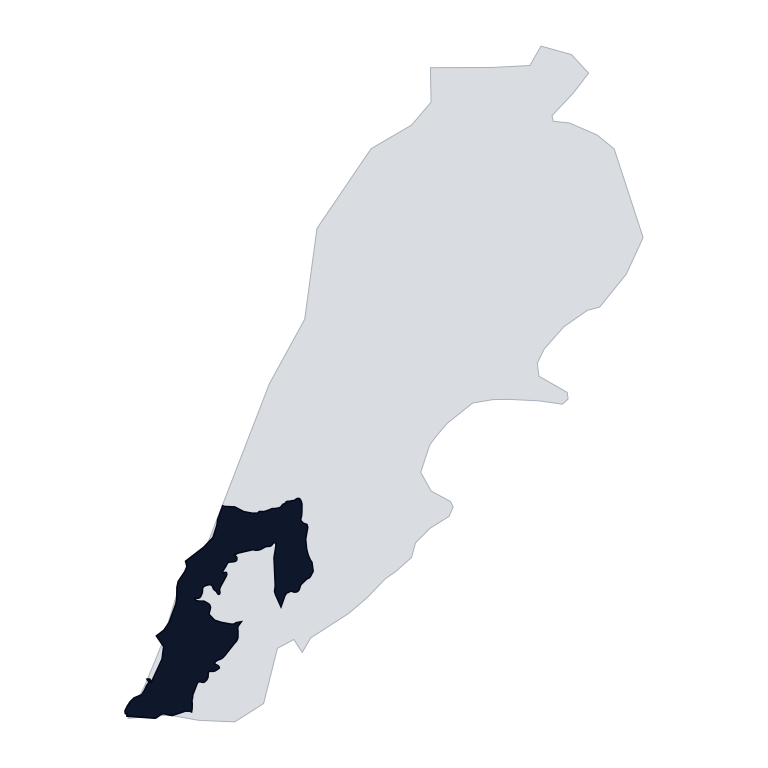 where South Lebanon sits in Lebanon
{"feature_id": "LBN-3060", "entity_name": "South Lebanon", "entity_type": "Province", "adm_level": 1, "iso_a3": "LBN", "parent_name": "Lebanon", "parent_adm1": "", "projection": "albers", "projection_center": [35.407, 33.345], "detail": "fine", "context": "in_parent", "style": "filled", "palette": "ink", "viewbox_px": 768, "rotation_deg": 0, "n_neighbors": 0, "source": "natural_earth", "source_scale": "10m", "svg_char_len": 4194}
<svg xmlns="http://www.w3.org/2000/svg" viewBox="0 0 768 768"><path d="M430.4,67.7L490.9,67.5L529.9,65.5L541.0,46.1L571.4,54.6L588.6,73.1L573.5,92.8L552.0,115.6L553.3,121.3L569.5,123.0L597.1,135.0L614.2,149.0L643.1,237.6L626.2,274.3L599.5,307.2L587.4,310.3L563.9,326.7L544.2,349.0L537.3,363.1L538.9,376.2L567.2,392.4L568.1,399.0L562.4,404.2L539.6,400.9L510.2,399.4L492.9,399.6L472.7,403.0L447.2,423.3L435.9,436.5L429.7,445.0L420.7,472.4L431.1,491.0L450.4,501.5L453.2,506.9L449.0,516.4L429.9,528.3L415.5,542.8L411.5,557.5L395.5,571.7L385.6,578.5L366.9,597.9L348.4,613.6L310.7,637.9L302.2,652.4L293.8,639.5L277.4,648.3L263.6,703.5L234.7,721.9L198.6,720.3L168.5,715.0L128.0,718.4L144.5,686.3L161.6,644.7L178.5,588.5L208.2,541.9L269.5,383.5L304.7,319.3L317.0,228.4L371.1,148.7L411.7,125.0L431.1,102.1L430.4,67.7Z" fill="#d9dde1" stroke="#a8b0b8" stroke-width="1"/><path d="M191.6,712.0L189.7,711.2L185.4,711.2L172.4,715.5L169.9,715.3L164.9,714.0L162.8,713.8L160.5,714.7L156.6,717.7L155.0,718.3L126.8,716.2L126.8,715.5L127.3,713.6L125.7,713.9L125.1,713.3L125.1,712.3L124.9,711.0L127.1,706.3L130.2,701.6L134.0,697.9L141.8,694.6L144.4,690.4L146.6,685.6L149.0,682.1L146.9,679.2L149.0,678.8L150.1,679.4L151.4,682.1L162.0,659.1L163.6,646.6L156.3,635.9L163.8,630.2L169.1,622.4L175.8,604.0L176.7,598.5L176.9,587.2L178.2,581.3L184.7,571.7L186.9,566.5L185.5,561.2L203.7,547.2L212.9,537.5L216.9,525.1L217.6,519.6L222.7,505.7L224.5,506.4L234.8,506.9L243.8,511.6L252.4,513.2L256.3,513.1L257.7,513.2L258.2,512.6L258.6,512.0L259.1,511.6L260.1,511.4L263.5,511.6L266.0,511.0L270.1,509.5L270.8,509.1L272.1,508.6L273.0,508.5L274.9,508.6L277.2,508.1L278.8,507.9L279.5,507.7L281.2,506.5L281.6,506.0L282.4,504.8L282.8,504.3L284.3,503.8L285.0,503.5L285.4,503.0L285.7,502.4L286.2,501.8L286.8,501.5L287.5,501.3L289.2,501.3L292.4,500.6L293.2,500.6L294.1,500.4L294.9,500.0L295.8,499.3L296.9,498.6L298.0,498.3L299.6,498.6L301.0,500.7L302.0,503.9L301.9,512.4L301.6,516.0L300.9,518.5L300.8,519.7L301.3,521.1L302.9,522.7L304.0,523.4L305.8,524.0L307.1,524.6L307.4,526.2L307.8,527.3L305.7,539.2L306.7,549.2L308.1,554.6L308.7,556.2L310.4,560.1L312.0,562.3L313.2,571.3L310.3,576.8L308.9,578.1L306.8,579.0L300.8,584.8L299.3,589.3L298.9,590.1L298.0,591.2L296.9,591.9L294.9,592.2L293.8,592.1L292.9,591.8L292.2,591.4L291.5,591.2L290.7,591.3L290.1,591.5L288.9,592.2L288.2,592.6L286.7,593.0L284.9,595.8L281.0,607.0L275.6,594.9L274.5,591.5L275.2,585.8L274.0,558.5L274.0,557.4L275.7,547.0L276.0,543.4L275.9,543.3L275.8,543.2L275.5,543.1L274.9,542.8L274.1,542.8L273.2,543.2L273.2,543.3L272.4,544.4L271.7,545.2L270.9,545.9L269.9,546.3L269.0,546.4L267.0,546.5L265.9,546.7L264.9,547.1L261.0,549.3L258.9,550.0L257.9,550.2L255.6,550.3L253.0,549.7L237.8,553.2L234.4,555.2L234.9,555.7L235.8,556.2L236.6,557.0L237.0,558.1L236.7,560.2L235.9,561.0L234.9,561.5L232.7,561.9L228.7,562.2L227.7,563.0L226.9,564.2L226.1,565.9L223.2,570.6L222.7,571.9L222.9,572.6L223.6,572.8L225.4,572.3L226.2,572.4L226.7,573.1L226.8,573.9L226.7,575.0L226.4,575.9L220.1,587.5L219.6,589.5L220.0,593.1L219.4,594.2L218.6,594.4L217.9,594.0L217.0,592.7L216.7,592.0L216.1,591.3L214.4,590.0L213.7,589.2L213.2,588.4L212.6,586.5L212.0,585.6L210.8,584.9L209.0,584.7L205.4,585.7L203.7,586.7L202.8,587.8L202.6,588.7L202.5,590.5L202.5,591.1L202.4,592.3L201.9,593.8L200.8,596.4L199.8,597.6L198.4,598.2L195.1,598.4L194.4,598.8L194.7,599.3L195.5,599.9L196.4,600.4L197.4,600.8L198.4,601.0L202.3,601.2L203.2,601.0L204.2,601.2L207.9,603.3L208.9,604.0L209.7,604.8L210.6,607.5L209.0,614.2L214.5,620.1L221.3,622.3L230.6,624.0L232.9,624.1L234.3,623.9L235.9,622.7L241.4,621.7L238.0,626.4L237.7,628.7L238.0,630.4L238.0,637.3L237.4,639.5L236.2,641.6L234.6,643.2L224.9,655.5L222.9,657.6L221.2,658.9L218.9,659.7L217.5,660.4L215.5,661.6L214.9,662.6L214.8,663.6L215.4,664.3L216.3,664.7L217.2,665.1L218.2,665.7L218.9,666.4L219.4,667.9L218.9,668.5L215.5,670.7L214.4,671.2L213.4,671.4L210.1,671.4L208.7,671.7L208.3,672.8L208.1,677.1L207.4,678.7L206.6,680.1L204.9,681.7L204.3,682.1L203.6,682.4L202.7,682.4L200.1,681.8L198.1,682.0L197.2,683.5L192.8,695.0L192.7,696.0L192.6,697.9L192.1,699.9L192.0,700.8L192.2,703.1L192.3,704.2L192.1,709.0L191.6,712.0Z" fill="#0f172a" stroke="#020617" stroke-width="1.5"/></svg>